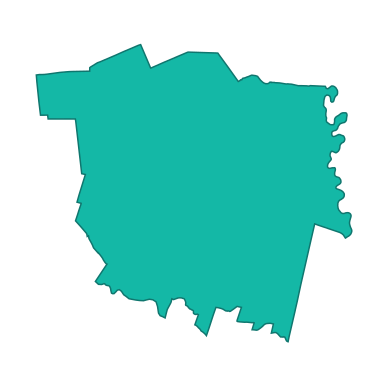 Prejmer, Brasov, Romania (Equal Earth projection), rotated 93°
{"feature_id": "2599482B31242475227113", "entity_name": "Prejmer", "entity_type": "district", "adm_level": 2, "iso_a3": "ROU", "parent_name": "Romania", "parent_adm1": "Brasov", "projection": "equal_earth", "projection_center": [25.776, 45.717], "detail": "fine", "context": "isolated", "style": "filled", "palette": "teal", "viewbox_px": 384, "rotation_deg": 93, "n_neighbors": 0, "source": "geoboundaries", "source_scale": "gbopen_adm2", "svg_char_len": 5805}
<svg xmlns="http://www.w3.org/2000/svg" viewBox="0 0 384 384"><g transform="rotate(93 192 192)"><path d="M208.2,306.3L209.1,302.1L209.5,302.1L216.7,304.1L219.9,304.9L226.9,306.8L232.1,301.6L238.6,295.4L239.0,295.1L240.0,294.7L241.9,294.3L241.2,293.1L243.7,292.5L244.2,292.3L247.7,290.1L250.1,288.7L252.9,287.4L257.0,283.4L257.8,282.6L257.5,282.5L258.9,281.1L262.5,278.1L264.7,276.8L267.1,275.0L268.6,273.4L268.6,273.2L271.9,275.2L286.4,283.8L289.1,280.6L289.1,278.7L289.1,277.4L288.6,276.1L288.1,275.0L288.2,274.3L288.9,273.9L289.4,273.2L289.8,272.0L289.9,270.5L290.4,269.4L292.5,268.3L294.9,267.8L297.2,267.1L297.7,265.9L297.6,264.6L295.7,262.8L294.0,261.5L293.3,259.5L294.8,257.3L298.2,254.8L299.6,252.5L301.9,249.3L302.8,242.6L303.1,238.7L303.1,234.7L302.1,231.7L301.3,228.9L301.7,225.4L303.6,222.1L308.2,220.4L314.7,219.1L317.2,217.3L318.1,214.6L319.2,212.3L310.8,210.6L309.6,210.1L305.4,208.1L303.6,207.3L302.5,207.0L299.7,206.5L300.4,204.8L299.4,202.4L298.6,200.5L298.4,199.5L298.3,198.7L298.3,196.8L298.6,196.1L298.9,194.7L299.0,194.3L299.3,194.0L301.1,193.0L301.9,192.7L303.0,192.4L304.8,192.5L305.3,192.4L305.6,192.0L306.0,191.0L306.5,190.2L306.9,189.9L307.2,189.8L307.7,189.5L308.0,189.0L308.9,188.1L309.0,187.3L309.7,186.3L309.8,185.9L309.9,185.5L310.1,185.0L310.5,184.4L312.8,184.2L313.2,184.0L313.6,183.4L314.0,182.6L314.1,181.6L314.0,181.2L313.8,180.9L313.7,180.1L314.2,179.2L324.5,182.2L324.9,181.1L325.9,179.7L327.4,178.3L328.0,177.4L329.2,176.3L329.9,175.9L330.4,175.5L331.0,174.3L331.4,173.7L332.9,171.8L334.0,170.7L334.7,170.1L327.4,168.0L314.3,164.5L306.0,162.1L306.2,159.6L306.8,156.7L307.4,154.9L308.9,152.2L309.1,150.3L308.8,149.8L308.9,149.2L309.3,148.2L309.1,147.4L306.6,144.2L303.9,141.0L304.6,136.6L318.0,140.3L318.8,140.2L319.0,139.6L319.2,137.3L319.3,132.5L319.1,130.6L319.3,126.7L319.4,125.0L319.2,124.0L319.4,123.1L326.4,124.8L326.4,123.0L326.6,120.4L326.3,119.2L325.8,118.4L324.2,116.4L322.3,114.3L321.3,113.6L319.8,111.7L319.4,110.3L319.0,107.1L319.5,103.8L328.8,105.4L328.0,102.0L328.0,100.8L328.2,100.3L329.2,98.9L332.1,96.0L332.1,93.6L332.0,92.9L331.8,92.8L332.1,91.7L335.5,90.0L336.0,89.5L336.4,88.7L336.5,88.2L331.0,87.4L305.1,82.8L304.3,82.7L295.7,81.2L278.8,78.5L232.7,70.5L217.4,67.8L218.6,63.9L224.7,42.2L225.6,40.4L226.0,39.8L226.6,39.0L227.1,38.5L230.0,36.4L229.9,36.2L229.3,35.4L228.5,34.4L227.8,33.2L226.7,32.0L225.6,31.2L224.0,30.6L223.1,30.4L222.2,30.4L221.1,30.7L219.0,31.8L217.2,32.5L215.9,32.9L214.8,33.1L213.9,33.1L212.3,32.9L208.5,32.0L207.4,31.9L206.8,32.1L206.1,32.3L205.4,32.9L204.9,33.6L204.6,34.4L204.5,35.1L204.5,36.0L204.7,36.9L204.8,37.4L205.5,39.1L205.5,39.9L205.5,40.6L205.2,41.6L204.8,42.2L203.5,43.3L202.6,44.2L201.6,44.8L200.4,45.3L197.8,45.8L196.2,45.7L195.9,45.8L195.2,45.7L193.7,45.1L193.2,44.8L192.4,44.0L191.5,42.5L190.1,40.8L189.8,40.6L189.0,40.1L188.5,39.9L187.5,39.8L186.3,39.8L185.6,40.0L184.3,40.9L183.5,41.8L182.9,42.7L182.5,43.5L181.9,45.3L181.3,47.5L181.1,47.9L180.8,48.3L180.3,48.5L179.5,48.5L178.9,48.1L178.1,47.5L176.5,45.2L175.9,44.5L175.3,44.1L174.5,43.8L173.9,43.8L172.6,44.0L172.0,44.2L171.3,44.7L170.3,45.5L169.9,46.0L169.6,47.0L169.2,48.6L169.0,49.0L168.4,49.9L167.9,50.2L167.5,50.4L166.4,50.5L165.0,50.5L163.1,50.1L162.2,50.0L161.4,50.1L160.8,50.3L160.4,50.6L160.3,50.8L160.3,51.2L160.5,52.2L160.5,53.0L160.7,53.9L161.1,55.2L161.2,56.0L161.0,57.0L160.6,57.4L160.2,57.8L159.4,58.0L158.0,58.0L156.9,57.7L156.0,57.3L154.6,56.4L153.2,55.2L152.1,54.7L151.7,54.7L151.0,54.9L149.7,55.5L149.0,55.9L148.1,56.1L147.3,56.1L146.1,55.9L145.7,55.8L145.0,55.4L144.5,55.2L144.2,54.9L144.0,54.6L144.1,53.9L144.3,53.1L145.1,51.2L145.2,50.7L145.3,50.3L145.1,49.9L144.8,49.4L144.2,48.7L143.5,48.0L142.9,47.6L142.2,47.3L141.2,46.9L139.3,46.7L137.9,46.7L136.8,46.2L136.2,45.8L135.2,44.9L134.4,43.5L133.5,42.7L132.3,42.3L131.7,42.2L131.0,42.2L129.8,42.6L128.8,43.1L128.1,43.7L127.5,45.7L126.9,47.3L126.9,48.4L127.3,49.3L128.4,51.2L128.9,52.2L129.1,53.3L129.2,53.9L129.0,54.4L128.5,55.0L127.7,55.3L126.7,55.5L125.9,55.5L125.2,55.5L124.5,55.1L123.9,54.4L123.3,53.1L123.0,51.9L122.4,51.0L121.0,50.0L119.7,49.7L118.3,49.2L116.1,47.6L115.0,45.1L114.7,43.7L114.0,42.7L113.4,42.2L112.1,41.6L109.7,41.5L107.3,41.2L106.2,41.4L105.2,41.9L104.9,42.9L105.0,45.4L105.6,47.1L108.0,49.9L108.7,51.1L110.0,52.6L111.8,53.4L114.3,53.3L116.5,53.6L117.3,54.2L117.4,55.0L117.5,55.8L117.5,57.0L117.3,57.8L115.0,61.2L113.5,61.7L111.0,61.5L109.2,62.3L106.7,62.5L103.7,62.2L102.2,62.4L101.2,63.1L100.3,64.2L98.7,65.2L93.2,65.0L89.8,64.3L88.9,63.5L88.1,62.4L88.2,61.3L88.5,60.1L89.5,59.1L91.3,58.5L94.0,58.2L94.9,57.2L94.7,56.0L93.7,55.2L91.2,54.7L89.8,54.2L88.7,53.5L87.3,52.1L85.8,51.8L84.0,51.9L82.8,52.2L80.3,53.9L79.3,55.3L78.8,56.8L78.9,58.3L81.8,61.7L81.5,63.3L79.5,64.4L79.6,79.3L79.6,79.6L79.9,80.1L80.1,80.5L80.1,81.4L80.0,83.3L80.1,88.0L80.3,91.4L79.2,97.7L79.1,98.6L79.1,100.2L79.0,102.2L79.2,103.3L79.2,103.8L78.6,109.1L78.5,110.7L78.5,114.5L78.5,115.0L78.3,115.4L78.3,115.7L78.4,116.4L78.3,116.9L78.5,117.9L78.5,118.6L78.4,119.2L78.3,119.6L78.2,119.5L78.2,119.9L79.0,120.6L79.4,121.2L79.8,121.8L80.0,124.0L79.5,125.7L78.7,127.1L77.8,128.2L76.8,129.4L73.8,132.0L73.1,132.5L72.5,134.6L72.2,138.2L72.3,138.8L73.8,141.8L74.3,143.2L75.2,145.0L75.8,147.2L75.9,147.4L76.3,147.7L77.3,148.1L77.4,148.4L77.4,149.1L77.5,149.4L78.3,150.0L79.2,151.6L65.5,162.5L53.7,172.1L52.0,173.4L51.9,174.2L52.5,203.1L52.7,203.8L56.7,212.0L63.8,226.5L70.1,239.0L70.4,239.6L70.4,239.8L47.5,251.0L48.3,253.2L55.4,267.7L59.3,275.3L67.0,291.0L67.9,293.2L72.6,300.0L73.2,300.6L76.7,300.5L78.0,318.5L78.3,321.6L79.5,330.2L82.0,343.4L82.4,346.0L82.6,348.7L82.7,350.6L83.3,353.6L90.0,352.7L109.9,349.6L123.2,347.3L122.8,340.2L126.6,339.5L125.8,324.3L125.2,312.3L128.0,311.7L179.5,303.1L180.1,299.4L200.7,304.6L208.2,306.3Z" fill="#14b8a6" stroke="#0f766e" stroke-width="1.5"/></g></svg>